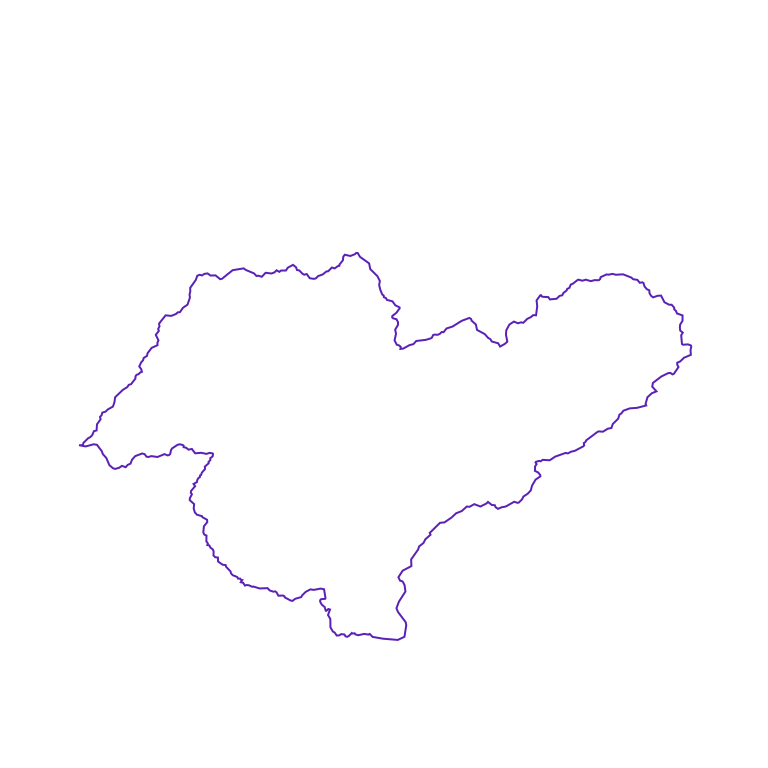 outline of San Ignacio, Cajamarca, Peru, rotated 49°
{"feature_id": "86281439B246740541536", "entity_name": "San Ignacio", "entity_type": "district", "adm_level": 2, "iso_a3": "PER", "parent_name": "Peru", "parent_adm1": "Cajamarca", "projection": "natural_earth1", "projection_center": [-78.994, -5.074], "detail": "fine", "context": "isolated", "style": "outline", "palette": "violet", "viewbox_px": 768, "rotation_deg": 49, "n_neighbors": 0, "source": "geoboundaries", "source_scale": "gbopen_adm2", "svg_char_len": 6165}
<svg xmlns="http://www.w3.org/2000/svg" viewBox="0 0 768 768"><g transform="rotate(49 384 384)"><path d="M528.1,113.7L522.9,116.6L520.4,115.7L518.1,116.0L516.8,114.9L512.9,114.9L511.2,116.8L506.3,118.7L499.0,116.9L496.9,119.7L495.2,124.0L492.6,124.6L489.8,124.1L487.3,122.3L485.1,123.4L481.4,123.4L478.0,121.9L476.9,122.2L475.3,124.6L471.7,124.4L468.4,127.2L466.0,127.5L458.1,131.6L453.7,137.3L450.7,139.4L449.0,142.6L447.3,144.2L445.5,150.4L446.6,152.0L446.6,153.8L443.7,157.0L442.1,160.4L437.7,163.2L436.1,166.6L432.8,168.8L432.5,169.8L432.2,175.7L431.5,177.9L433.1,181.1L432.4,183.3L433.2,184.8L433.0,188.9L434.0,191.2L432.7,193.7L432.9,197.8L429.0,203.3L426.2,203.0L422.7,206.6L421.5,207.5L420.0,207.2L419.6,207.9L421.0,214.0L425.9,217.4L431.9,224.2L429.9,226.2L429.9,229.3L428.8,233.2L429.2,238.7L427.4,240.1L426.0,243.1L422.1,245.0L421.4,250.4L423.7,256.5L426.8,259.6L433.0,263.2L433.0,266.5L431.9,271.8L428.2,271.1L422.6,274.8L420.0,274.3L417.2,275.2L412.5,275.2L404.2,278.3L399.3,275.6L393.7,276.3L392.0,275.6L390.1,276.3L387.3,283.9L385.6,294.6L383.1,300.4L384.0,305.0L382.6,306.4L382.8,308.9L382.1,311.2L379.8,313.5L379.3,314.9L380.4,317.3L380.2,318.9L378.1,323.5L372.7,331.4L373.2,335.7L371.4,339.2L369.9,346.2L368.3,348.6L367.1,347.1L365.0,347.2L362.7,348.6L358.0,347.4L354.0,342.0L350.3,339.9L348.6,334.7L346.6,332.9L343.3,332.1L340.5,334.0L339.0,334.1L338.1,333.0L338.4,327.9L337.1,322.4L336.3,322.0L332.1,323.8L327.1,323.4L322.5,326.6L320.4,326.2L318.4,327.1L317.0,326.2L315.3,326.6L310.5,325.0L306.1,322.7L303.6,319.6L298.2,318.2L288.3,319.0L283.2,316.1L272.3,318.7L267.9,317.9L266.8,319.2L267.0,320.7L265.3,325.4L260.7,328.8L261.2,331.2L263.7,333.9L264.6,339.1L265.5,340.2L264.8,341.1L264.4,345.4L261.9,346.9L262.3,352.2L261.3,353.5L261.1,358.5L259.3,363.0L259.6,366.0L258.7,367.9L255.5,370.6L250.3,370.2L249.2,372.5L247.3,373.2L242.8,373.4L240.8,374.9L238.3,373.8L234.4,374.5L233.1,380.3L234.0,383.6L230.8,387.3L230.7,389.4L227.7,390.5L227.9,393.5L226.8,396.4L222.4,400.4L222.9,405.9L219.9,407.7L218.8,409.4L215.3,409.5L207.2,413.5L204.7,414.0L198.8,423.6L198.3,437.2L197.4,438.9L191.5,439.9L188.3,443.8L184.8,444.6L183.0,447.4L182.7,450.1L180.7,451.4L179.8,453.8L182.0,457.8L184.3,467.2L187.3,469.7L188.8,472.0L191.4,473.7L195.2,480.2L194.6,485.7L195.9,490.9L194.6,492.7L194.7,495.0L193.0,499.9L188.9,503.8L190.7,513.4L191.1,514.4L193.2,515.6L194.3,518.3L196.2,519.1L197.2,524.0L203.1,525.6L204.2,527.9L206.1,529.5L204.3,535.6L205.6,542.1L207.3,544.5L206.7,548.3L208.0,550.3L208.4,553.2L210.2,557.2L213.5,557.5L216.0,558.7L215.3,560.7L215.6,562.8L214.7,564.7L215.2,566.5L216.8,568.1L218.2,575.0L217.2,577.2L217.9,579.7L217.1,585.0L217.6,595.6L221.0,599.5L223.2,603.4L222.0,609.3L222.2,612.2L220.8,615.4L222.3,617.6L222.5,619.9L224.7,621.0L226.1,627.0L230.5,631.4L229.3,633.9L231.2,637.8L231.4,640.5L230.8,642.9L231.3,649.6L232.6,651.4L230.1,654.3L235.4,650.1L239.0,642.7L241.6,640.5L249.6,641.1L252.6,642.2L257.6,642.1L265.1,644.5L269.8,643.8L271.7,642.6L273.5,638.8L273.8,635.5L277.3,633.6L276.9,630.5L277.8,627.6L275.8,623.8L275.2,619.1L277.8,612.1L279.8,610.7L283.1,610.9L284.5,609.7L285.8,606.9L290.5,602.8L292.9,595.7L296.1,594.0L296.6,592.7L296.6,591.3L294.2,588.2L293.6,586.2L294.4,579.9L295.4,577.8L298.0,575.9L299.2,575.7L300.2,576.7L302.4,575.1L305.3,574.6L307.0,571.6L312.4,572.0L316.0,567.1L320.3,563.8L321.5,560.9L323.9,558.9L324.6,558.9L326.2,560.8L326.0,563.8L327.5,565.0L327.7,567.6L328.8,568.3L328.8,573.4L330.8,574.9L331.4,579.6L332.6,581.6L332.3,582.8L333.5,584.1L333.2,585.7L333.9,587.8L335.3,589.6L334.5,593.3L337.2,593.6L338.1,599.7L339.4,601.2L341.2,601.3L342.8,605.4L344.2,606.8L350.1,606.1L353.1,609.3L356.9,611.0L360.0,610.9L364.3,608.1L365.4,608.4L370.4,606.6L372.3,608.0L373.2,613.2L377.4,617.7L379.8,618.4L381.9,617.4L386.2,621.3L388.7,621.5L389.7,623.0L391.2,621.7L393.7,622.4L396.3,621.7L398.4,622.3L401.6,625.2L404.1,625.0L406.0,623.2L409.1,625.7L414.6,624.3L416.8,622.3L418.4,623.1L424.8,622.8L426.6,623.7L429.1,623.6L433.3,621.4L435.1,621.8L436.5,620.2L437.8,620.5L439.0,619.6L439.7,622.1L441.7,620.7L444.9,621.2L445.6,619.5L447.6,617.8L450.5,616.6L451.1,615.5L456.7,612.0L461.7,605.8L464.8,605.7L468.1,603.8L469.1,602.2L470.5,601.8L474.5,602.6L477.4,599.0L478.9,598.4L479.9,598.9L486.2,596.5L487.7,595.3L487.8,592.0L490.5,586.3L489.8,584.4L489.5,579.5L490.7,574.3L493.3,572.1L496.8,566.1L499.6,563.9L507.3,568.7L507.5,569.4L505.1,572.7L505.3,574.0L506.4,575.0L509.6,575.7L513.4,575.1L516.9,576.7L517.4,576.1L517.3,573.6L518.8,572.7L521.6,577.8L526.2,578.7L532.4,584.0L537.2,585.0L539.2,584.3L542.8,584.7L544.3,582.8L544.7,580.4L547.1,578.2L549.2,578.6L550.6,577.7L551.1,575.7L550.8,571.7L551.5,571.7L552.9,569.7L554.1,569.9L556.7,568.3L559.6,562.9L562.9,560.2L563.2,558.8L567.4,558.5L575.5,551.9L586.2,541.5L588.2,534.4L580.6,525.4L577.9,523.9L565.2,523.0L561.4,521.7L558.0,515.4L554.7,504.0L549.4,500.5L546.4,499.7L544.9,499.6L542.9,500.9L539.3,499.9L537.1,492.4L539.4,482.8L534.2,478.6L531.3,466.8L529.6,464.1L529.9,458.5L528.3,454.6L528.3,447.8L526.4,447.2L525.5,432.8L528.1,429.2L529.1,420.6L528.9,414.3L530.9,408.7L530.8,401.9L532.8,400.0L533.9,394.7L539.7,391.6L541.4,385.1L541.2,382.9L546.0,382.0L548.2,379.9L550.1,380.6L553.0,379.9L554.2,376.1L556.3,372.6L558.3,363.0L561.3,361.2L561.9,360.0L561.6,355.4L560.4,352.6L561.1,347.5L560.6,343.0L557.8,338.9L555.6,332.3L556.3,326.6L555.2,325.8L551.8,325.7L548.6,327.1L545.3,324.0L544.6,321.4L542.6,321.1L542.4,320.4L543.8,317.4L545.1,316.5L545.3,314.1L550.3,308.9L551.1,302.5L555.2,292.1L557.0,290.8L557.9,287.0L559.6,283.9L561.8,274.5L561.7,273.3L559.7,272.0L559.9,269.8L559.2,268.5L560.2,254.3L560.6,253.1L563.6,250.1L564.6,244.3L566.4,241.3L564.3,237.6L563.8,230.0L561.6,226.4L561.9,224.0L561.2,220.8L563.7,214.4L568.0,208.7L572.2,200.2L570.6,199.6L566.8,193.8L566.7,187.9L568.3,183.2L562.0,183.3L559.6,180.3L560.3,169.7L562.2,162.5L563.5,160.6L566.0,160.0L566.5,158.5L564.4,150.6L562.0,150.1L560.3,148.7L561.3,145.6L561.0,140.4L563.3,133.3L559.5,130.4L557.2,127.4L556.2,127.1L553.5,128.6L550.6,132.5L549.3,132.9L542.3,127.8L541.2,124.8L538.0,125.4L535.2,123.4L533.5,121.6L532.1,117.2L528.1,113.7Z" fill="none" stroke="#5b21b6" stroke-width="2"/></g></svg>